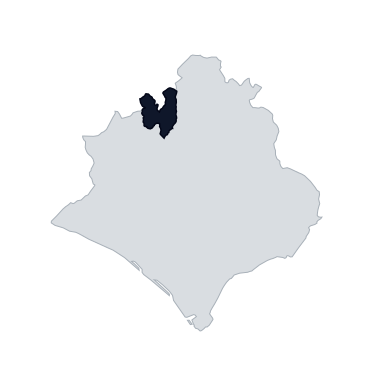 location of Bafing within Ivory Coast, rotated 46°
{"feature_id": "CIV-3440", "entity_name": "Bafing", "entity_type": "Region", "adm_level": 1, "iso_a3": "CIV", "parent_name": "Ivory Coast", "parent_adm1": "", "projection": "orthographic", "projection_center": [-7.658, 8.459], "detail": "fine", "context": "in_parent", "style": "filled", "palette": "ink", "viewbox_px": 384, "rotation_deg": 46, "n_neighbors": 0, "source": "natural_earth", "source_scale": "10m", "svg_char_len": 6796}
<svg xmlns="http://www.w3.org/2000/svg" viewBox="0 0 384 384"><g transform="rotate(46 192 192)"><path d="M99.4,91.0L100.5,91.0L103.4,90.1L106.1,88.2L108.6,84.1L111.9,80.8L115.6,81.1L116.8,80.5L118.1,80.3L119.6,82.5L121.2,84.1L122.4,84.2L123.2,87.3L130.0,88.6L133.0,89.4L135.5,91.7L136.3,91.7L137.4,91.3L138.2,90.5L138.3,89.6L137.3,87.6L137.7,85.7L138.8,84.1L140.6,84.0L143.3,83.5L146.3,83.5L148.6,83.8L149.5,82.1L148.6,77.5L148.8,75.0L149.2,72.8L150.0,71.9L153.4,74.6L156.5,75.6L158.7,75.7L159.4,75.2L158.4,72.2L158.7,71.3L159.5,70.8L160.9,70.5L164.9,69.3L165.3,69.5L166.1,74.2L165.7,75.7L166.6,78.8L167.6,81.8L167.5,82.9L166.7,84.8L165.7,86.4L165.8,87.1L167.4,88.2L170.4,89.4L173.6,89.6L175.3,87.9L177.1,86.5L178.3,85.3L178.8,83.5L180.7,82.1L186.4,80.4L191.6,80.1L192.9,80.6L195.2,83.2L198.2,84.9L202.8,84.7L206.1,85.7L208.9,87.6L210.9,92.0L213.0,95.1L214.0,99.6L217.3,101.9L219.9,103.0L223.4,106.2L227.1,107.8L230.8,107.4L232.6,109.1L235.4,110.3L238.2,110.4L240.7,106.6L243.9,105.1L252.1,102.0L255.4,100.6L258.6,99.7L266.6,99.4L274.0,100.2L277.6,100.9L280.1,100.3L282.5,102.1L285.0,105.8L287.0,107.0L289.1,108.2L290.7,111.2L292.5,114.1L293.5,115.4L295.8,118.2L297.7,118.3L299.5,117.0L300.3,116.0L300.7,117.9L300.0,121.1L300.2,123.0L301.2,123.7L300.7,126.2L298.6,130.4L298.6,132.9L300.8,133.6L302.3,136.2L303.3,140.7L304.3,142.2L304.4,143.1L306.1,154.0L308.2,165.0L307.0,166.4L305.3,166.8L304.2,167.4L303.9,168.4L304.6,169.9L304.2,171.3L302.1,172.2L297.5,175.8L297.2,177.1L296.0,180.1L295.0,181.9L293.6,185.3L291.3,194.2L290.5,201.6L290.4,203.8L289.4,205.4L288.4,207.7L283.5,214.1L281.0,219.3L281.3,221.5L281.5,223.7L280.7,225.4L280.9,229.7L281.6,233.4L282.5,236.9L286.2,247.0L288.1,253.1L289.4,258.0L290.4,261.3L291.4,262.7L291.8,264.0L297.2,264.8L298.3,265.5L299.8,272.0L299.6,274.9L298.5,276.0L298.6,278.4L298.3,281.5L297.6,282.7L294.5,282.9L292.5,284.1L289.8,283.7L289.5,282.9L288.1,282.7L284.0,281.0L284.7,275.4L282.8,275.2L281.4,275.9L278.6,282.7L277.2,283.8L257.2,280.6L252.8,277.8L247.6,277.2L238.5,277.6L231.1,278.5L228.9,280.2L247.8,279.1L249.9,279.3L250.8,280.3L226.9,282.7L217.8,284.1L215.1,283.7L213.0,281.6L203.1,281.4L201.1,282.1L199.9,283.7L203.8,283.3L209.9,283.2L211.6,284.4L192.3,286.1L178.9,289.2L173.3,291.5L154.6,298.9L143.2,302.4L140.2,303.6L135.1,307.3L128.4,309.5L120.9,313.7L116.4,314.7L115.3,313.4L115.2,306.2L114.6,296.6L114.8,293.0L115.4,289.5L115.4,286.7L117.7,285.6L118.3,284.4L118.6,280.7L120.8,277.3L120.8,271.4L121.4,270.2L121.9,268.6L121.0,264.7L119.8,257.4L119.2,256.9L118.7,257.2L117.5,257.4L112.9,254.9L109.2,254.4L106.7,252.3L106.5,249.8L105.3,248.4L104.5,245.5L103.2,242.3L99.6,240.3L96.3,239.8L93.9,240.2L91.1,240.1L87.9,239.0L85.7,237.8L83.6,235.4L81.7,233.5L80.2,233.7L78.3,233.3L76.4,232.4L75.8,231.7L83.6,224.1L86.2,220.4L86.5,218.2L86.5,215.9L87.4,213.5L87.6,209.9L83.3,196.9L82.3,192.9L81.1,191.7L80.4,191.3L82.5,189.6L85.5,190.0L90.1,191.4L91.1,190.1L94.6,183.5L94.5,181.1L94.1,179.4L96.2,174.9L97.8,173.1L98.6,171.3L98.3,168.7L97.1,167.8L95.5,167.9L93.6,167.3L90.7,165.8L89.2,164.5L89.7,158.6L90.0,156.7L91.0,155.7L92.6,155.4L97.1,155.2L100.8,155.9L104.0,156.3L105.7,156.3L107.1,158.0L108.9,159.8L110.6,159.8L111.1,158.5L110.8,152.6L109.7,149.5L107.2,146.5L100.9,144.0L100.7,140.4L101.4,136.6L102.7,135.1L107.5,132.7L106.6,131.3L105.1,129.9L102.1,128.5L102.8,123.9L103.0,119.8L100.4,120.2L97.8,120.5L95.7,119.2L93.8,116.7L93.5,109.8L93.5,101.8L93.2,98.3L93.9,96.4L96.1,94.7L98.5,92.4L99.4,91.0ZM287.2,283.8L286.2,285.3L281.1,284.4L282.3,283.1L287.2,283.8Z" fill="#d9dde1" stroke="#a8b0b8" stroke-width="1"/><path d="M105.4,145.5L103.1,144.8L102.3,144.7L100.6,144.2L100.2,143.0L100.9,139.6L101.0,137.8L101.2,136.8L101.6,135.9L102.2,135.3L105.6,133.6L106.3,133.5L107.1,133.5L108.0,133.3L108.6,132.9L109.0,133.0L110.0,134.3L111.7,137.5L111.9,137.9L112.2,138.1L112.5,138.4L113.2,138.7L114.4,139.1L116.6,141.0L116.9,141.4L118.0,143.0L118.2,143.3L119.6,144.1L121.3,146.0L121.6,146.2L122.1,146.5L122.9,147.0L123.2,147.2L123.4,147.4L123.7,148.1L124.8,149.5L125.3,150.0L125.6,150.2L126.0,150.4L126.4,150.5L126.6,150.6L127.6,151.3L128.0,151.6L128.2,151.8L128.3,152.0L128.4,152.4L128.7,153.0L130.0,154.1L130.5,155.2L130.7,156.1L130.7,157.6L131.1,160.0L131.5,160.8L132.1,161.4L132.8,161.8L132.4,162.2L132.2,162.4L132.3,162.6L132.3,164.3L131.9,164.9L132.1,165.9L132.6,166.9L133.1,167.4L132.8,168.1L133.0,168.7L133.3,169.2L133.6,169.8L133.5,170.1L133.2,170.6L133.1,171.0L133.1,172.3L133.3,173.1L133.9,174.7L129.1,174.7L128.0,174.5L127.6,173.8L126.3,171.7L126.2,171.5L126.1,171.4L124.7,170.5L124.0,170.2L122.7,169.9L122.4,169.8L122.2,169.6L121.9,169.1L121.7,168.9L121.5,168.7L121.1,168.5L120.6,167.9L120.3,167.9L120.0,167.9L119.8,168.0L119.6,168.1L119.4,168.4L119.1,168.7L118.5,169.1L118.2,169.4L118.1,169.5L117.9,169.9L117.6,171.2L117.5,172.1L117.6,172.4L117.6,172.6L118.0,173.0L117.8,173.5L117.7,173.9L117.7,174.1L117.8,174.2L117.8,174.3L118.0,174.7L118.1,174.8L118.1,175.0L118.2,176.2L118.2,176.4L118.2,176.6L118.2,176.8L117.9,177.0L117.7,177.2L117.6,177.3L117.6,177.6L117.7,177.9L117.6,178.0L117.4,178.2L117.3,178.3L117.1,178.5L116.7,178.7L116.5,178.8L116.4,178.9L116.0,179.2L115.6,179.4L115.4,179.5L115.1,179.5L114.8,179.5L114.4,179.6L114.1,179.6L113.9,179.4L113.8,179.2L113.7,179.1L113.4,179.2L113.3,179.4L113.1,179.5L112.7,179.9L112.1,180.3L111.8,180.3L111.6,180.4L111.5,180.2L111.4,180.1L111.1,179.9L110.8,180.2L110.7,180.2L110.4,179.8L110.3,179.6L110.1,179.5L110.0,179.4L109.8,179.2L109.5,178.9L108.9,178.7L108.1,178.6L107.7,178.5L107.5,178.3L107.4,178.1L107.1,177.7L106.7,177.3L106.6,177.1L106.5,176.9L106.4,176.7L106.2,176.6L105.8,176.2L105.6,176.1L105.4,176.0L105.3,175.9L105.0,175.8L104.8,175.7L104.9,175.4L104.9,175.1L104.7,174.8L104.6,174.7L104.5,174.3L103.9,173.8L103.4,173.6L103.1,173.6L103.0,173.8L102.8,174.0L102.6,174.0L101.7,173.9L101.0,173.6L100.3,173.3L100.2,172.9L99.7,172.0L99.1,171.3L98.4,170.9L98.2,170.3L98.1,169.8L98.4,168.6L98.7,168.1L98.9,167.6L98.9,167.2L98.4,167.2L96.1,168.0L95.7,168.0L92.0,166.9L88.8,164.8L88.9,164.4L89.5,163.7L89.6,163.3L89.5,162.6L89.5,161.9L90.0,159.7L90.0,158.9L89.8,158.4L89.5,158.0L89.3,157.5L89.3,157.1L89.5,156.8L91.4,155.3L91.9,155.3L93.3,155.5L94.0,155.5L95.3,155.0L96.1,154.9L96.4,155.0L96.8,155.4L97.1,155.5L97.4,155.5L98.0,155.5L98.4,155.5L99.5,155.2L100.1,155.2L100.7,155.3L101.1,155.6L101.4,156.1L101.6,156.7L101.9,157.2L102.3,157.6L102.9,157.9L103.5,158.1L104.1,158.1L104.8,157.8L104.8,157.2L104.7,156.6L104.9,156.0L105.7,155.9L106.5,157.0L107.7,159.4L108.6,160.0L109.6,160.1L111.8,159.9L111.1,158.2L110.8,157.4L110.9,156.5L111.2,155.5L111.2,154.8L110.7,153.2L110.6,152.4L110.7,150.9L110.5,150.2L110.3,149.9L109.2,149.2L108.8,148.8L107.9,147.1L107.7,146.8L107.0,146.1L106.8,145.9L106.5,145.4L106.2,145.3L105.6,145.5L105.4,145.5Z" fill="#0f172a" stroke="#020617" stroke-width="1.5"/></g></svg>